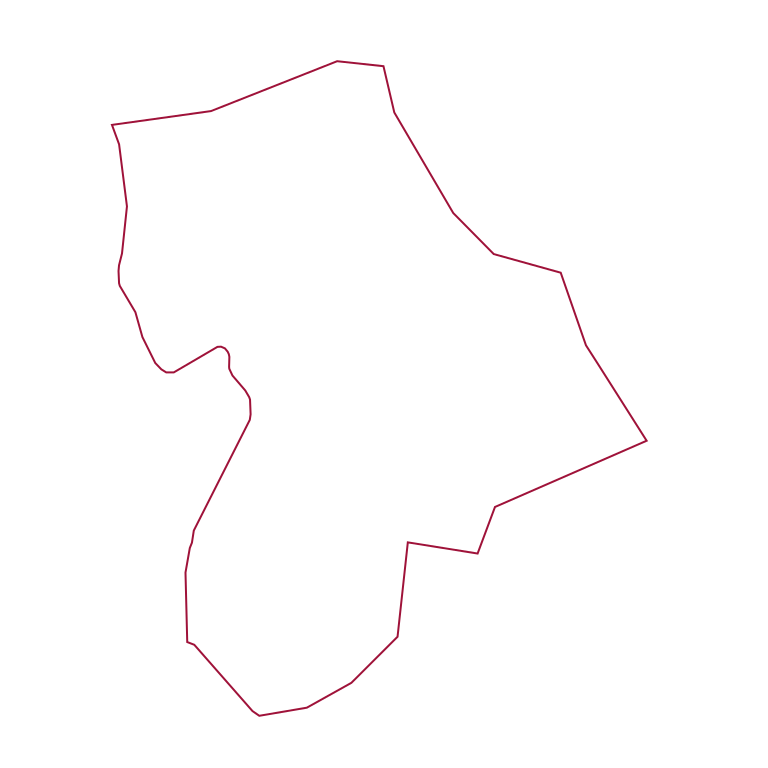 the border of Havering, rotated 357°
{"feature_id": "GBR-2675", "entity_name": "Havering", "entity_type": "London Borough", "adm_level": 1, "iso_a3": "GBR", "parent_name": "United Kingdom", "parent_adm1": "", "projection": "orthographic", "projection_center": [0.199, 51.556], "detail": "fine", "context": "isolated", "style": "outline", "palette": "rose", "viewbox_px": 768, "rotation_deg": 357, "n_neighbors": 0, "source": "natural_earth", "source_scale": "10m", "svg_char_len": 800}
<svg xmlns="http://www.w3.org/2000/svg" viewBox="0 0 768 768"><g transform="rotate(357 384 384)"><path d="M136.6,193.2L132.0,130.8L125.9,111.0L225.5,102.4L354.1,59.2L400.1,66.6L408.5,113.4L462.1,216.9L500.4,260.0L566.3,282.1L587.7,355.9L598.4,374.7L643.3,454.4L488.4,512.6L468.6,558.2L399.5,543.4L384.3,637.1L335.8,680.7L290.0,703.2L242.1,708.8L235.6,703.8L180.9,634.5L174.0,631.4L175.9,561.9L181.5,537.6L183.9,532.4L186.4,520.4L248.1,412.8L249.2,407.3L249.4,392.6L248.7,390.1L245.1,383.2L233.1,367.6L230.3,360.7L230.2,358.9L231.0,348.8L230.6,346.1L229.6,343.6L227.0,340.1L223.2,338.2L219.6,338.2L174.7,361.4L167.1,361.0L162.4,357.7L156.7,351.1L145.2,324.5L139.5,299.3L125.3,272.2L124.7,269.5L124.8,257.3L125.6,251.6L129.2,239.9L136.6,193.2Z" fill="none" stroke="#9f1239" stroke-width="2"/></g></svg>